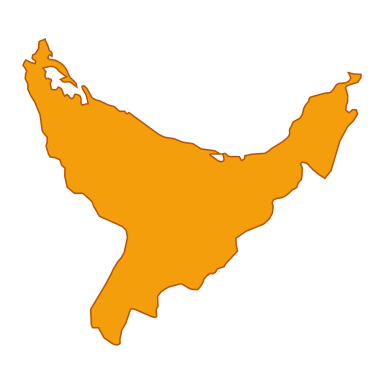 map outline of Bay of Plenty (Albers equal-area conic projection)
{"feature_id": "NZL-3399", "entity_name": "Bay of Plenty", "entity_type": "Regional Council", "adm_level": 1, "iso_a3": "NZL", "parent_name": "New Zealand", "parent_adm1": "", "projection": "albers", "projection_center": [176.715, -38.184], "detail": "fine", "context": "isolated", "style": "filled", "palette": "amber", "viewbox_px": 384, "rotation_deg": 0, "n_neighbors": 0, "source": "natural_earth", "source_scale": "10m", "svg_char_len": 3691}
<svg xmlns="http://www.w3.org/2000/svg" viewBox="0 0 384 384"><path d="M45.1,39.1L45.5,40.7L48.2,46.6L48.9,49.3L49.4,50.6L51.5,52.3L52.1,53.8L52.0,56.3L51.3,55.9L50.2,54.9L48.9,55.1L47.8,58.1L49.2,59.3L55.2,60.2L57.7,61.3L60.4,63.0L62.9,65.0L64.9,67.1L66.5,69.6L68.9,75.2L70.1,77.4L74.4,81.5L76.2,83.8L76.8,87.0L71.5,82.9L69.7,81.9L67.4,81.7L65.1,82.1L62.9,81.7L60.4,79.4L61.9,78.6L66.6,76.8L61.4,73.2L58.8,70.9L56.8,68.5L53.8,66.7L50.0,66.5L43.0,67.9L43.9,69.0L45.3,71.1L46.0,71.8L45.5,72.9L45.1,74.3L44.9,75.6L45.1,77.0L46.1,78.4L47.0,78.6L47.8,78.3L48.2,78.2L49.0,78.9L50.6,79.2L51.2,79.5L51.4,80.5L51.1,81.7L50.5,82.7L50.3,83.3L51.0,87.6L51.2,88.5L52.0,89.3L52.8,89.7L55.4,89.8L56.6,89.4L57.4,88.5L57.9,87.5L58.4,87.1L61.1,88.4L62.3,90.7L63.2,93.4L64.7,96.2L67.0,94.5L68.5,95.6L69.7,97.6L71.3,98.7L73.4,97.7L74.1,95.8L75.1,94.2L78.0,94.7L80.0,96.0L80.8,97.7L81.0,100.0L81.0,103.1L81.7,104.8L83.6,104.7L86.0,104.0L88.2,103.7L86.1,94.7L82.7,89.1L81.9,86.4L83.9,85.7L86.8,88.2L92.1,97.8L95.8,99.9L99.8,100.9L108.8,105.2L113.1,106.2L114.8,107.0L118.4,110.5L120.3,111.3L124.7,111.3L125.4,112.1L126.1,113.3L127.1,113.8L128.9,112.6L158.5,134.3L164.5,137.2L173.9,138.7L182.8,142.2L192.9,143.7L201.0,148.9L214.8,150.8L220.3,154.0L211.6,153.9L210.0,154.4L210.9,155.6L217.7,160.5L219.6,161.4L221.8,161.8L223.7,160.8L224.0,158.5L223.4,155.9L222.3,154.0L224.8,153.4L226.3,154.2L227.5,155.6L229.4,156.6L239.1,156.6L239.5,157.0L241.1,159.9L241.9,160.5L242.6,160.2L243.3,159.6L244.1,159.2L244.7,158.6L244.6,157.3L244.7,156.0L245.7,155.4L247.3,155.3L251.8,154.2L265.0,153.3L268.6,151.1L271.3,148.7L282.8,141.6L287.4,137.8L288.9,135.8L289.6,134.1L289.6,129.3L292.1,124.7L292.6,122.9L293.5,121.7L299.7,118.4L302.1,115.1L303.8,108.3L305.5,105.0L307.8,102.4L308.8,100.8L309.2,98.6L310.3,97.2L325.1,93.1L328.2,93.0L330.8,92.2L332.8,90.1L336.4,84.7L338.7,83.5L345.4,82.9L348.2,81.7L350.1,79.6L350.7,77.7L350.0,75.7L348.3,72.7L354.1,74.0L361.0,74.4L360.9,77.6L357.8,82.2L349.3,84.9L346.0,86.4L345.6,88.6L346.3,90.3L347.7,95.7L347.6,101.9L346.2,105.6L345.6,109.9L349.0,112.7L352.8,109.6L356.3,109.9L357.6,113.9L353.4,120.9L347.8,126.3L339.9,140.9L331.1,170.4L324.9,178.4L318.7,174.4L312.8,169.5L307.3,163.6L302.2,162.0L300.5,163.6L302.2,168.0L302.0,175.3L301.3,179.5L298.2,182.9L297.5,185.2L296.6,187.5L294.5,188.9L292.2,189.8L288.9,193.2L285.3,196.0L281.3,197.8L277.2,198.3L273.5,199.9L272.1,202.7L273.1,206.2L272.4,212.9L269.3,218.8L263.7,224.0L245.9,231.3L235.9,238.2L236.1,244.4L237.5,251.0L226.7,262.7L225.3,264.5L224.2,266.5L217.3,269.0L215.2,272.5L212.4,273.9L211.3,273.2L209.5,273.9L206.5,276.1L204.1,278.9L203.0,281.9L201.8,284.4L200.0,287.1L197.5,289.7L193.7,289.5L189.7,288.7L181.2,283.6L168.7,287.0L165.0,289.1L160.7,292.1L157.6,296.5L158.0,306.1L157.0,307.8L156.1,309.8L156.7,315.9L156.1,316.9L155.0,317.4L152.4,316.9L144.3,313.4L138.3,310.8L133.6,308.9L131.0,308.9L129.9,311.0L129.0,313.8L125.7,323.2L121.7,330.3L119.9,339.4L120.1,343.1L118.9,344.3L117.1,344.9L113.9,344.4L111.5,343.0L104.1,337.9L98.5,327.8L92.6,327.7L91.3,324.6L90.7,309.3L105.9,283.8L108.8,278.3L110.9,274.4L113.4,269.0L115.3,266.1L117.4,262.3L121.4,257.4L124.3,252.3L127.5,237.4L126.1,230.1L122.2,226.4L99.7,216.4L98.0,214.1L96.6,211.1L94.0,206.9L92.0,201.7L88.6,198.4L86.3,196.3L82.9,193.3L74.4,193.3L67.2,187.1L64.8,176.3L65.0,168.3L61.6,165.0L59.9,159.8L55.0,157.6L52.4,157.4L50.1,156.9L48.4,153.8L46.1,145.9L47.2,141.6L47.2,137.4L43.1,132.3L42.1,130.0L40.1,114.9L34.7,101.8L30.9,95.9L27.9,89.3L27.8,83.7L25.2,78.6L25.6,74.2L26.7,71.2L25.0,67.8L23.0,65.5L24.2,62.5L25.9,59.9L30.3,62.3L35.3,63.7L35.6,61.2L32.1,58.3L32.7,55.0L35.4,53.7L38.5,48.6L39.1,41.6L45.1,39.1Z" fill="#f59e0b" stroke="#b45309" stroke-width="1.5"/></svg>